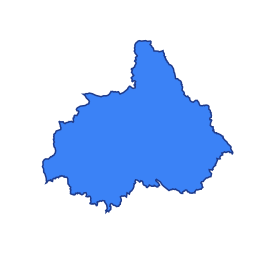 outline of Oxapampa, Pasco, Peru, rotated 344°
{"feature_id": "86281439B19526712257024", "entity_name": "Oxapampa", "entity_type": "district", "adm_level": 2, "iso_a3": "PER", "parent_name": "Peru", "parent_adm1": "Pasco", "projection": "albers", "projection_center": [-75.08, -10.181], "detail": "fine", "context": "isolated", "style": "filled", "palette": "blue", "viewbox_px": 256, "rotation_deg": 344, "n_neighbors": 0, "source": "geoboundaries", "source_scale": "gbopen_adm2", "svg_char_len": 5852}
<svg xmlns="http://www.w3.org/2000/svg" viewBox="0 0 256 256"><g transform="rotate(344 128 128)"><path d="M191.8,103.6L191.4,102.1L191.9,101.0L191.3,100.6L191.9,98.9L191.5,97.3L189.9,95.6L189.3,94.3L187.7,93.9L187.3,93.2L187.6,92.2L187.9,87.9L187.6,87.3L188.0,83.6L187.1,80.2L186.0,78.9L185.1,78.5L184.4,75.8L183.9,75.4L184.0,74.3L183.4,73.5L183.5,72.6L183.1,72.2L183.3,71.5L182.9,70.3L183.5,69.9L183.0,69.5L182.6,68.3L183.0,67.9L183.3,66.2L183.0,65.9L182.8,64.6L183.0,63.3L181.2,63.5L178.9,63.3L178.2,62.5L174.2,61.1L174.3,58.2L173.4,56.9L173.3,55.7L172.2,53.9L173.3,53.0L173.9,51.2L173.5,50.6L170.6,50.1L169.1,48.9L164.7,48.2L163.3,47.3L161.8,47.2L158.8,48.6L157.5,50.1L157.0,52.1L156.3,52.8L156.2,54.9L155.2,55.8L155.6,57.3L155.4,57.8L156.8,61.1L156.2,61.8L155.5,61.8L154.6,62.4L154.6,64.8L153.6,64.7L152.8,65.5L153.7,67.0L153.5,68.3L151.8,69.9L151.1,71.3L149.8,71.4L148.9,72.4L147.8,71.9L147.4,72.6L147.9,74.1L146.7,75.5L147.3,76.8L147.5,78.5L148.0,78.8L148.0,79.1L145.0,80.5L144.9,81.0L145.5,82.2L144.7,84.0L145.2,84.7L146.5,84.2L147.5,84.4L148.1,85.6L147.3,86.2L146.9,86.9L147.2,87.9L146.9,88.3L145.8,88.3L145.9,89.3L146.5,89.8L146.0,91.3L144.1,91.4L143.3,91.0L141.5,88.5L140.8,88.3L138.6,89.9L138.6,90.4L133.3,92.7L129.7,93.1L128.8,90.5L126.7,90.3L125.7,89.5L124.3,89.5L123.4,88.6L122.4,88.6L121.8,88.2L119.7,90.2L117.9,91.0L116.0,91.1L113.4,90.3L110.7,90.5L106.1,87.8L103.1,85.2L100.5,83.8L98.4,83.9L97.1,83.4L95.7,83.7L94.4,83.3L95.6,84.8L96.3,87.7L97.8,90.3L98.2,91.8L97.4,92.9L97.5,93.2L96.9,93.9L94.9,94.0L93.3,94.6L88.1,93.9L84.8,94.7L83.5,95.8L83.7,97.3L84.9,97.9L85.2,98.5L84.2,100.4L83.6,100.6L82.4,101.9L80.2,101.1L79.4,101.7L79.0,103.2L78.0,103.4L77.4,106.9L76.7,107.3L75.6,106.1L73.1,105.8L73.0,105.6L72.3,106.0L69.9,105.9L68.7,106.4L67.4,105.0L67.4,104.2L64.8,103.5L63.9,102.8L63.5,103.0L63.7,106.9L63.4,107.7L63.6,109.2L62.9,110.9L58.2,111.1L56.5,113.1L55.3,113.4L54.8,114.1L54.8,115.0L54.2,115.8L54.3,116.2L53.9,117.8L53.8,118.2L53.2,118.3L53.4,119.1L53.0,119.9L53.4,121.2L52.3,122.1L51.9,123.8L52.0,125.1L51.7,125.6L52.4,127.0L52.2,129.9L51.3,131.8L48.9,133.9L47.9,133.8L46.7,134.6L45.9,134.3L43.1,135.9L40.1,135.0L38.6,135.5L36.9,137.0L36.2,140.2L35.1,141.5L35.6,144.0L34.8,147.2L35.5,149.1L35.6,152.8L35.4,154.8L35.0,155.6L35.2,156.8L34.0,158.3L35.0,158.1L35.9,157.0L37.6,156.6L38.5,157.0L39.5,156.5L40.0,157.1L39.7,157.9L40.7,158.5L41.8,156.3L42.9,156.0L43.9,156.7L44.3,156.2L44.8,156.3L45.1,155.7L46.0,155.8L47.0,156.0L47.5,156.6L48.1,155.9L49.1,156.0L49.5,155.4L50.4,155.9L51.2,155.6L52.5,156.7L53.2,156.7L53.1,157.6L55.7,158.5L56.2,160.1L54.9,165.2L55.6,166.5L55.7,167.7L56.6,168.9L56.3,169.9L55.6,170.4L55.6,171.2L56.0,171.8L55.2,173.1L55.2,173.8L54.6,175.0L54.7,175.4L56.4,176.7L57.3,176.8L57.6,177.5L58.9,177.4L59.5,176.3L60.7,176.6L61.0,177.2L61.9,176.4L63.1,177.6L63.8,177.2L64.3,178.6L65.3,179.5L67.3,179.0L67.9,178.2L69.8,178.6L69.9,180.7L68.8,182.2L70.6,183.2L71.7,182.7L72.8,183.4L72.9,185.4L72.2,186.8L72.2,188.2L71.7,189.4L70.7,189.8L70.8,190.3L72.5,191.3L73.1,191.0L73.7,191.5L74.2,191.6L74.6,191.2L75.1,191.4L75.9,192.3L76.2,193.9L76.7,194.0L77.3,193.5L78.0,191.6L77.8,190.8L78.3,190.6L79.7,190.8L81.0,190.3L82.2,191.1L83.4,190.7L85.4,191.6L85.2,192.7L86.3,196.1L85.9,199.6L84.7,201.0L83.9,201.1L84.0,202.0L83.7,202.9L85.3,201.9L86.4,203.2L87.1,202.3L88.9,201.6L89.8,199.2L89.7,198.3L89.0,198.2L89.9,196.5L90.8,196.0L91.6,196.2L92.8,198.2L94.5,199.1L95.2,200.3L97.5,200.6L98.7,199.4L99.5,199.2L100.3,197.2L101.3,196.4L101.8,194.9L101.7,192.1L103.3,191.6L104.4,192.2L106.0,192.2L107.5,193.9L109.2,190.1L111.1,191.9L111.6,190.8L112.0,190.7L112.7,189.6L114.0,189.5L116.2,187.7L117.5,186.0L117.7,185.0L118.6,183.8L118.5,183.3L119.5,183.2L120.3,182.6L120.0,181.3L121.0,179.9L122.2,180.4L123.8,182.1L124.2,183.1L125.4,182.9L125.8,182.2L126.8,182.8L127.3,183.7L127.1,186.2L127.4,187.1L129.4,188.8L129.4,190.0L129.9,190.5L132.3,189.4L132.8,188.7L134.7,190.5L136.9,191.1L137.4,190.4L139.6,192.7L140.5,192.8L140.9,192.1L141.7,192.1L142.6,191.6L142.0,189.3L140.2,186.3L140.4,185.6L141.2,185.2L144.2,188.7L145.2,192.0L146.3,193.9L150.2,199.4L152.3,199.0L153.1,199.4L154.0,198.9L156.2,200.1L156.9,199.8L158.1,201.4L159.6,202.5L160.4,204.6L161.2,205.5L162.5,205.9L162.7,204.8L164.2,204.1L165.0,204.2L165.9,203.5L166.4,203.5L167.4,204.0L167.7,205.7L168.7,206.1L169.5,207.5L171.8,208.4L172.5,208.2L174.5,208.8L174.6,207.6L175.0,207.6L175.8,206.7L177.0,206.1L177.8,206.7L180.4,206.7L181.5,207.0L181.7,206.5L183.6,205.7L183.3,204.0L183.7,202.3L183.0,201.5L182.9,201.0L183.3,200.6L183.9,200.0L185.7,200.1L186.6,199.2L189.5,197.6L190.6,197.9L192.8,197.4L194.3,197.6L195.7,194.9L194.5,192.2L194.6,190.4L195.9,191.0L196.4,190.9L197.3,191.7L197.6,191.1L198.3,191.2L198.4,190.2L199.7,188.9L201.9,188.0L201.9,186.9L202.5,186.8L205.1,183.5L205.1,181.9L206.9,182.9L208.2,183.0L208.1,181.8L208.8,180.7L209.6,180.2L211.6,179.9L211.3,178.0L212.9,178.1L214.1,177.5L215.3,178.5L217.7,178.3L218.9,178.7L219.2,179.7L220.0,179.8L221.0,180.5L221.0,181.6L221.4,182.1L221.3,181.7L222.0,180.2L221.1,177.0L221.1,175.7L221.8,174.8L221.7,174.1L219.5,170.4L219.2,168.6L217.9,166.7L216.5,163.6L217.0,163.2L216.9,162.0L215.7,161.2L215.4,160.3L212.9,158.1L211.9,157.9L211.8,157.0L210.4,156.7L209.7,155.6L209.8,154.7L208.9,154.1L208.9,153.6L209.8,153.3L209.5,152.8L210.1,150.3L208.9,149.9L207.8,148.2L208.9,145.7L210.6,143.6L210.2,142.9L209.2,142.8L209.0,141.8L209.7,140.9L210.9,140.7L211.7,138.7L211.6,137.4L212.1,136.4L211.5,135.8L211.8,135.0L211.8,133.6L210.9,132.2L211.7,129.5L211.3,128.6L210.0,127.7L208.6,127.4L207.9,127.7L207.4,127.1L205.5,127.1L203.5,126.3L203.1,125.0L203.0,122.6L202.5,121.9L202.2,120.6L200.5,120.1L197.8,121.2L196.3,120.2L195.6,119.3L195.2,117.9L195.5,116.2L194.6,115.3L194.2,113.8L193.1,114.0L192.6,113.7L191.0,111.0L191.6,110.4L191.7,109.1L190.4,106.5L191.8,103.6Z" fill="#3b82f6" stroke="#1e3a8a" stroke-width="1.5"/></g></svg>